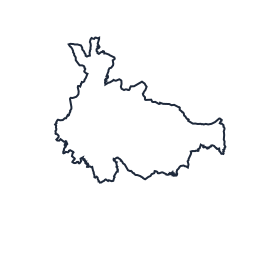 Lashio, Shan, Myanmar, rotated 302°
{"feature_id": "60261553B9019752921327", "entity_name": "Lashio", "entity_type": "district", "adm_level": 2, "iso_a3": "MMR", "parent_name": "Myanmar", "parent_adm1": "Shan", "projection": "orthographic", "projection_center": [98.2, 22.767], "detail": "fine", "context": "isolated", "style": "outline", "palette": "slate", "viewbox_px": 256, "rotation_deg": 302, "n_neighbors": 0, "source": "geoboundaries", "source_scale": "gbopen_adm2", "svg_char_len": 5792}
<svg xmlns="http://www.w3.org/2000/svg" viewBox="0 0 256 256"><g transform="rotate(302 128 128)"><path d="M80.2,73.4L79.9,74.7L80.9,76.4L82.8,76.7L82.4,80.9L83.1,81.9L83.9,82.2L83.9,82.8L82.4,83.3L82.8,84.4L82.2,85.0L81.1,84.8L81.7,83.3L81.6,83.0L80.6,83.0L79.6,83.6L79.1,85.1L76.9,84.7L76.0,84.9L75.2,85.5L73.7,85.6L72.4,86.4L72.4,86.8L73.3,87.5L74.8,87.9L75.6,90.0L77.2,90.3L77.5,90.0L78.5,90.7L78.7,94.3L78.5,94.7L77.0,94.5L74.4,95.4L73.9,99.0L73.0,99.3L71.4,98.8L69.7,98.8L69.6,100.3L70.1,101.6L70.8,102.3L72.2,102.7L72.8,103.6L72.1,104.6L72.1,105.3L72.8,105.7L74.9,105.8L76.9,104.0L79.0,105.2L78.1,105.4L78.1,106.2L77.6,106.6L77.8,107.1L78.1,106.9L78.4,107.1L78.4,107.6L77.4,107.5L77.6,108.9L76.8,109.1L76.4,109.8L77.0,110.3L75.8,110.6L76.2,111.5L75.5,111.7L75.5,112.5L76.3,112.4L76.5,112.9L75.7,113.5L75.7,113.9L74.8,114.1L74.9,113.6L74.4,113.5L74.0,113.6L74.2,114.1L74.0,114.3L73.6,114.3L74.1,115.1L75.0,115.7L75.4,116.6L75.3,117.7L76.0,118.3L73.5,120.7L72.2,122.5L71.6,122.7L70.2,124.5L68.5,125.6L68.6,126.6L70.1,127.2L70.0,127.7L69.8,128.5L68.5,129.6L67.8,131.0L67.1,131.4L67.4,132.0L66.8,133.1L67.8,134.3L68.8,134.6L70.5,135.7L71.8,135.9L72.6,136.4L72.5,139.2L73.5,139.4L74.3,142.4L75.4,143.5L78.2,142.7L79.2,142.7L79.5,141.8L80.1,141.7L84.7,141.6L85.4,141.9L85.5,142.2L86.5,141.5L86.6,141.9L87.3,141.5L88.8,139.3L89.2,139.4L89.1,138.8L89.8,138.8L92.0,136.7L92.9,136.6L92.5,135.7L93.0,135.2L93.2,134.1L92.9,133.5L93.4,132.6L94.3,132.2L94.6,133.3L96.7,134.1L97.3,134.7L97.5,135.1L97.2,135.7L97.4,137.3L97.0,139.2L96.4,139.3L96.5,140.7L95.4,142.5L95.3,144.6L92.2,150.4L92.6,152.7L93.2,153.2L93.1,154.4L92.5,155.7L92.8,157.1L92.3,157.8L92.2,159.3L93.1,161.0L93.8,164.3L93.6,165.0L93.8,166.5L93.5,167.3L93.5,169.2L93.7,169.8L97.3,171.2L99.2,172.5L101.4,172.5L103.5,174.1L104.6,174.0L105.4,173.4L105.7,173.5L106.3,175.3L106.2,176.3L105.5,177.2L106.0,178.3L108.1,180.0L108.7,180.9L109.1,184.8L108.8,185.1L109.2,186.2L110.0,187.2L110.7,187.0L111.3,188.4L111.7,188.0L111.7,189.4L112.5,188.2L113.6,188.9L113.6,189.4L114.0,189.4L113.6,189.8L113.1,189.3L112.7,189.9L113.8,190.8L113.3,191.3L112.9,191.0L112.1,191.2L112.7,191.7L112.2,191.7L111.9,192.2L113.4,194.3L113.9,194.3L113.9,193.8L114.5,194.2L115.2,194.0L116.4,192.5L118.6,191.9L120.2,192.4L122.3,192.4L123.7,192.8L125.7,195.1L125.7,196.5L126.2,197.4L126.2,199.7L129.2,198.6L131.4,196.2L132.8,196.4L133.7,195.8L138.9,195.2L140.5,194.7L141.3,193.7L142.5,194.7L144.1,197.3L144.9,197.7L145.6,199.5L146.0,199.8L146.7,199.5L147.1,198.7L148.8,199.5L152.4,198.6L152.3,199.6L153.1,201.4L151.7,201.8L151.6,202.4L152.9,203.6L152.8,204.6L153.2,205.3L152.6,205.7L152.5,206.1L152.9,206.5L153.7,206.5L153.8,207.1L154.7,207.0L155.1,207.5L155.8,207.5L156.4,208.2L157.3,207.9L158.0,208.7L158.4,210.5L157.7,213.1L157.9,213.6L157.4,214.3L157.7,215.2L158.9,216.2L157.4,217.4L157.0,217.4L156.3,219.7L155.7,220.5L155.7,221.1L156.1,221.5L156.5,222.6L157.2,222.5L158.3,221.3L159.3,221.6L159.9,220.4L161.2,221.0L161.6,221.0L162.1,220.4L163.6,220.6L164.8,218.6L167.8,217.0L168.9,215.4L173.0,213.3L175.0,211.8L175.8,211.0L177.9,210.5L178.9,210.0L179.6,208.9L179.6,208.3L181.0,207.5L181.4,205.1L180.8,204.4L180.7,203.3L183.0,203.1L183.8,203.5L184.5,203.2L184.7,200.9L184.3,200.3L179.2,198.7L175.8,196.6L173.5,194.1L172.7,191.8L171.1,190.3L171.0,189.4L170.3,188.6L170.1,187.5L168.4,185.1L167.5,182.8L166.1,180.7L166.0,175.3L167.3,175.0L167.4,174.5L166.9,173.8L167.5,171.7L168.2,170.6L168.3,169.0L169.8,167.7L170.4,166.6L170.1,165.6L170.5,165.1L170.8,162.2L172.7,161.1L172.8,160.3L172.5,159.9L172.1,154.9L170.4,152.8L170.2,150.3L167.1,145.0L166.4,141.8L165.3,142.1L164.8,141.5L164.6,137.3L163.3,135.5L163.1,134.6L164.3,132.7L161.2,128.2L161.1,127.6L161.4,127.1L163.1,126.1L163.7,123.8L164.8,122.5L165.7,122.7L166.1,122.4L167.9,122.4L169.5,122.6L172.9,121.9L173.4,120.5L174.5,118.6L174.7,115.3L166.6,111.0L164.8,108.3L162.5,108.5L161.7,108.9L160.7,108.7L160.2,107.7L160.1,106.6L159.5,105.5L158.1,104.5L157.9,101.8L159.2,100.1L161.9,99.2L164.5,97.4L164.8,96.5L164.7,94.8L161.8,92.8L161.4,92.1L161.1,90.2L160.2,90.1L157.0,88.4L155.9,87.3L152.9,85.8L154.0,85.2L154.0,84.7L154.7,84.2L156.2,84.7L156.0,83.7L156.5,83.1L158.0,83.1L158.2,83.3L158.2,83.8L159.5,84.2L160.6,84.1L161.2,83.6L160.4,82.9L160.3,82.4L165.7,81.4L166.7,80.8L168.8,80.6L170.2,81.8L173.2,82.1L174.7,81.5L177.3,79.2L179.3,80.1L179.9,79.9L180.6,79.0L180.0,73.6L180.2,72.9L179.4,69.4L178.6,68.4L180.1,67.2L180.2,66.6L179.8,65.9L178.8,66.0L178.6,65.4L177.9,64.9L175.4,64.0L175.4,62.4L176.5,61.8L176.5,60.8L177.7,59.8L178.4,59.6L179.6,60.4L180.2,60.0L180.5,59.1L181.1,58.9L181.4,59.5L181.1,60.9L181.6,60.9L183.4,57.6L188.0,56.4L189.2,55.7L188.1,55.0L187.6,52.8L187.3,52.3L185.7,52.1L185.2,51.1L185.0,49.4L183.3,49.3L180.7,50.1L180.0,51.3L178.2,52.8L175.8,53.8L175.1,54.5L173.6,54.6L173.0,55.1L171.8,55.3L169.2,57.3L168.1,56.1L166.8,55.3L166.8,53.8L168.0,53.0L168.5,51.6L169.7,50.0L170.3,47.7L171.9,46.5L173.1,44.3L172.0,40.7L170.6,38.6L170.3,37.3L168.8,34.5L167.5,33.4L166.5,35.5L166.4,36.8L165.7,38.5L164.1,40.8L163.1,41.3L162.5,42.9L161.3,43.7L160.2,46.2L157.8,47.8L155.5,53.7L156.9,56.1L157.1,57.8L156.8,58.5L155.9,59.1L155.8,60.0L155.4,60.5L152.9,60.8L152.6,61.2L152.2,63.8L152.5,64.9L148.0,65.7L145.8,65.6L144.9,66.1L143.9,66.0L142.7,65.3L142.5,64.5L141.8,64.8L140.7,64.6L140.0,65.1L137.8,65.5L137.8,64.3L137.0,63.4L135.8,63.9L133.0,66.7L130.5,68.0L129.2,68.0L127.1,67.6L125.3,66.2L124.0,65.0L123.2,63.4L122.6,63.3L121.9,63.4L115.8,68.9L114.3,69.8L111.8,69.8L111.3,70.4L109.5,70.5L107.6,71.1L106.9,70.9L107.0,70.0L103.4,70.3L102.7,69.2L100.2,68.5L98.6,66.4L97.9,64.2L97.3,64.0L94.7,64.1L94.3,64.8L92.8,64.6L92.6,64.3L92.3,64.3L92.0,65.8L90.1,66.7L89.3,67.7L88.2,68.2L86.9,68.1L86.1,69.0L84.8,69.5L84.7,70.1L85.2,71.4L84.6,73.3L83.5,74.0L80.2,73.4Z" fill="none" stroke="#1e293b" stroke-width="2"/></g></svg>